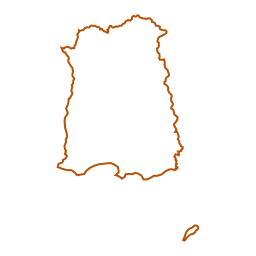 Ponce, Puerto Rico (orthographic projection)
{"feature_id": "32010507B29369551718499", "entity_name": "Ponce", "entity_type": "district", "adm_level": 2, "iso_a3": "PRI", "parent_name": "Puerto Rico", "parent_adm1": "", "projection": "orthographic", "projection_center": [-66.606, 18.028], "detail": "fine", "context": "isolated", "style": "outline", "palette": "amber", "viewbox_px": 256, "rotation_deg": 0, "n_neighbors": 0, "source": "geoboundaries", "source_scale": "gbopen_adm2", "svg_char_len": 3846}
<svg xmlns="http://www.w3.org/2000/svg" viewBox="0 0 256 256"><path d="M79.0,30.4L79.0,32.0L77.3,34.5L77.7,35.9L78.0,36.7L76.9,40.4L76.3,41.2L75.9,43.8L74.5,46.0L74.2,48.2L72.3,48.2L71.1,48.6L68.6,47.0L67.2,46.8L64.7,47.6L64.0,48.5L61.5,47.8L63.0,51.6L65.5,52.7L65.7,53.9L68.6,57.1L68.7,59.3L68.3,60.0L68.5,62.2L70.7,65.8L72.5,68.1L72.8,70.4L73.3,71.7L72.5,73.3L72.4,75.8L74.3,78.9L73.3,80.4L73.1,83.5L72.1,84.5L71.8,85.6L72.4,86.3L71.6,89.5L71.4,91.3L72.4,93.1L72.2,94.2L71.3,95.4L70.2,97.9L68.6,98.9L68.7,100.1L68.1,103.7L67.1,106.6L66.1,108.3L67.8,112.7L67.6,113.6L67.5,114.1L65.6,116.6L64.9,118.2L64.6,121.5L64.9,124.6L65.2,126.0L65.0,126.3L64.9,126.3L65.2,128.0L66.7,133.1L67.2,136.5L67.1,137.1L65.8,139.2L66.1,142.1L65.1,143.9L64.4,146.7L64.9,147.8L64.8,149.1L66.1,150.8L65.4,152.0L65.8,152.8L65.2,153.7L65.0,153.8L64.9,154.0L65.0,154.3L65.9,154.9L66.5,155.1L66.9,156.3L65.3,158.7L63.0,159.9L63.1,161.3L62.1,162.6L58.5,163.9L57.7,167.0L61.9,168.7L62.0,168.7L66.7,170.1L68.1,170.1L70.1,170.1L71.3,170.1L74.4,172.3L74.7,172.4L77.1,175.2L81.7,174.4L83.2,174.2L84.2,174.0L84.6,173.4L85.3,172.4L86.0,171.4L86.5,170.7L90.0,167.8L94.4,165.7L99.7,164.1L103.1,163.8L104.4,163.6L106.2,163.4L109.6,163.2L110.8,163.1L113.5,164.2L114.5,164.7L117.9,167.0L118.5,170.3L118.6,170.7L118.6,172.4L118.3,172.6L115.6,175.1L116.0,175.2L118.6,176.2L119.0,176.4L119.6,176.7L120.8,177.7L121.7,178.6L124.2,177.2L124.6,177.0L125.7,174.4L125.8,174.2L126.2,174.2L129.5,174.0L130.9,174.1L131.4,174.1L132.3,174.2L133.1,173.8L135.1,172.8L138.0,173.5L139.1,174.2L141.5,175.6L143.4,179.3L146.8,179.5L149.9,178.1L150.7,177.7L154.0,175.8L157.2,175.8L161.8,174.4L162.2,174.0L165.5,171.2L169.4,169.4L171.8,169.2L174.1,170.1L175.7,169.6L175.9,169.5L175.2,169.0L176.3,167.7L177.4,167.9L177.4,167.2L175.9,166.3L175.9,164.3L176.9,163.9L176.1,162.4L176.5,160.7L175.4,159.9L175.8,158.8L175.2,157.5L174.5,157.1L174.5,156.2L175.7,154.3L178.9,155.2L178.9,154.3L178.3,152.7L178.9,152.2L178.3,151.5L180.1,151.4L181.4,150.7L181.2,149.8L182.6,148.6L182.8,147.2L181.0,146.2L180.7,145.1L179.3,143.2L179.3,141.2L177.8,139.4L178.8,136.8L177.4,132.6L176.9,131.9L176.3,131.9L175.2,131.9L176.5,129.7L174.0,125.1L174.0,124.0L176.0,121.8L177.2,119.8L177.4,118.6L177.7,117.4L177.4,117.0L174.3,114.4L173.5,110.2L172.7,109.3L171.5,108.8L171.1,107.7L172.9,104.6L172.6,103.0L171.2,100.8L171.1,98.2L171.8,96.0L171.3,94.8L169.2,92.7L168.1,90.3L167.9,89.2L168.4,88.2L167.3,85.8L164.3,83.7L164.4,82.1L165.7,81.0L165.6,79.2L166.5,77.5L168.4,76.3L169.0,75.0L168.6,72.9L167.8,71.4L167.6,70.0L166.3,68.9L165.1,67.4L164.9,65.5L164.4,64.8L164.8,63.6L164.5,61.4L164.5,61.0L164.1,59.4L162.4,59.9L161.6,59.6L159.7,59.7L159.1,57.7L159.7,56.8L159.3,53.7L157.5,52.1L156.9,48.5L157.9,47.9L158.8,46.7L158.8,42.7L157.5,41.7L157.5,40.9L158.4,37.9L159.3,36.9L162.1,35.7L165.1,34.0L166.3,32.9L166.7,32.0L166.2,31.0L165.2,30.3L162.5,30.1L161.0,29.6L159.8,28.7L159.8,26.6L157.5,25.8L155.9,25.7L154.9,23.1L152.9,21.9L151.9,21.8L151.7,20.1L149.9,18.4L147.7,18.5L146.0,19.1L145.6,18.6L142.6,18.3L139.6,17.3L138.4,15.4L137.4,15.4L137.2,15.5L136.2,16.5L135.0,16.6L134.0,16.0L133.0,16.2L132.1,17.1L131.9,19.1L130.1,20.7L128.0,20.0L125.4,21.6L124.6,23.3L122.7,24.0L121.7,25.6L119.8,25.7L118.5,26.5L115.6,26.5L113.4,27.6L112.1,27.2L111.1,26.0L109.9,25.9L108.7,28.1L108.6,28.9L107.4,30.0L108.1,30.6L108.2,32.3L107.7,32.8L105.5,31.7L104.1,31.3L102.4,30.1L102.3,29.2L100.9,28.7L100.1,29.4L99.3,27.4L97.0,26.9L94.6,25.7L93.7,26.0L91.8,25.5L90.8,25.9L89.2,27.5L86.5,27.3L84.6,28.4L83.6,29.8L79.7,30.9L79.0,30.4ZM183.2,240.1L183.4,240.2L184.5,240.6L185.5,239.5L186.8,237.6L188.9,235.7L190.5,234.4L191.8,234.2L193.7,233.5L195.1,232.3L195.7,230.7L197.4,229.5L198.3,228.1L198.1,227.1L197.4,226.0L195.0,225.4L191.9,227.8L191.6,227.9L189.2,228.8L187.6,230.4L186.1,232.5L184.4,237.4L183.2,240.1Z" fill="none" stroke="#b45309" stroke-width="2"/></svg>